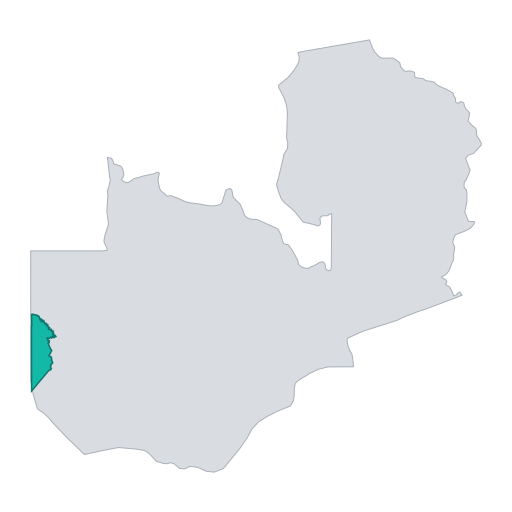 Sikongo, Western, Zambia shown in context
{"feature_id": "96606910B5408602862486", "entity_name": "Sikongo", "entity_type": "district", "adm_level": 2, "iso_a3": "ZMB", "parent_name": "Zambia", "parent_adm1": "Western", "projection": "robinson", "projection_center": [22.375, -15.32], "detail": "fine", "context": "in_parent", "style": "filled", "palette": "teal", "viewbox_px": 512, "rotation_deg": 0, "n_neighbors": 0, "source": "geoboundaries", "source_scale": "gbopen_adm2", "svg_char_len": 7624}
<svg xmlns="http://www.w3.org/2000/svg" viewBox="0 0 512 512"><path d="M353.5,366.8L328.0,366.9L318.7,369.2L311.0,372.7L301.8,378.2L296.5,382.0L295.1,384.1L294.3,388.8L294.2,396.0L293.3,401.1L290.5,405.9L276.6,411.6L267.5,416.3L258.6,421.8L251.9,429.1L247.2,437.9L239.5,448.9L223.4,468.5L214.2,472.1L206.5,471.3L197.2,467.2L189.8,466.4L184.3,469.0L179.2,468.2L174.6,464.1L170.7,462.6L167.6,463.7L163.5,463.5L156.2,461.2L149.8,454.2L146.4,451.4L143.7,450.3L136.1,449.1L118.6,447.5L100.4,451.0L84.4,454.5L68.2,438.9L52.5,422.5L49.2,418.3L43.3,412.8L39.0,410.1L37.4,408.7L33.1,394.0L30.8,380.6L30.7,250.9L102.4,250.9L107.0,250.3L107.2,248.9L104.0,242.0L104.1,239.6L105.0,234.9L108.2,225.5L108.4,222.3L106.9,212.1L107.1,206.4L107.9,194.9L107.4,191.0L109.1,185.8L109.7,182.3L110.4,180.8L109.6,176.9L108.2,163.2L107.3,157.4L111.6,158.3L113.0,161.1L113.9,164.2L115.8,164.4L120.9,166.2L122.7,168.8L123.9,174.3L123.1,177.1L121.5,179.4L123.1,181.4L126.6,182.7L128.6,182.3L134.3,178.5L139.7,177.2L142.4,176.2L154.3,173.7L156.6,172.4L158.3,172.4L159.4,173.5L158.4,177.3L158.0,180.8L159.4,187.4L160.5,190.4L163.0,192.6L164.8,193.8L166.8,196.1L170.9,195.7L180.0,199.1L182.7,200.6L186.6,202.1L189.3,202.7L198.6,203.9L208.5,205.7L213.7,205.9L217.3,205.4L219.9,204.5L221.4,203.4L222.1,202.5L225.9,190.1L227.8,189.1L230.3,188.5L231.7,189.6L233.3,197.4L240.4,204.5L242.8,210.4L244.6,215.5L246.1,216.9L248.8,218.7L253.1,219.3L257.0,219.5L276.2,228.1L278.3,229.7L280.7,234.3L282.1,239.5L283.6,243.6L286.1,244.4L288.3,244.8L290.4,247.6L292.1,250.0L297.7,260.3L298.5,264.3L301.3,267.0L305.0,268.2L308.5,268.3L310.5,267.1L315.4,265.0L319.2,262.6L322.0,261.8L323.7,262.3L325.0,263.9L325.8,269.0L328.5,270.8L330.5,270.1L331.3,268.1L331.3,267.1L331.7,213.8L329.9,214.1L327.7,215.7L322.6,215.8L320.6,217.0L319.9,218.7L320.3,220.9L320.4,223.9L319.7,225.3L317.4,225.9L314.2,224.7L308.3,223.2L303.5,222.3L300.0,218.3L295.3,212.2L292.2,209.2L284.7,202.9L283.5,201.6L281.2,198.7L279.3,193.7L277.4,187.9L276.5,184.3L278.3,178.6L282.8,160.1L283.8,154.4L287.5,148.5L287.8,143.3L286.4,136.6L286.8,132.9L287.4,111.8L286.4,105.1L284.0,97.7L278.6,87.3L278.6,85.1L287.0,78.4L289.5,75.9L293.8,70.5L296.8,65.9L298.7,62.1L299.3,57.3L298.0,52.7L300.8,51.8L369.6,39.9L370.6,43.1L372.6,48.3L375.0,52.2L377.9,55.6L380.4,57.6L382.1,58.2L392.7,58.0L396.5,60.1L399.8,62.7L400.6,66.7L402.7,69.3L405.1,71.3L406.1,71.5L407.8,71.0L410.7,71.0L413.3,71.8L414.5,72.7L414.6,76.1L415.4,77.6L419.0,78.2L422.7,78.5L426.2,80.8L430.0,81.2L434.3,82.1L436.4,84.6L441.1,87.1L446.8,89.4L453.1,93.2L453.2,94.3L454.3,96.5L455.4,98.1L455.4,100.5L456.0,102.6L457.6,103.1L458.9,103.3L460.1,101.7L461.8,101.8L463.7,102.8L464.3,105.3L465.7,108.6L468.0,110.9L469.6,113.1L469.0,117.1L468.0,120.8L471.1,124.5L475.2,127.9L476.3,129.5L476.6,134.6L477.2,136.3L479.9,140.6L481.3,143.4L481.2,145.1L473.6,153.5L468.9,154.8L466.9,156.6L465.7,158.4L468.6,166.8L470.1,170.0L468.8,174.0L465.7,180.8L464.3,181.4L464.0,186.5L464.9,188.4L466.4,189.9L467.0,193.4L466.8,202.0L464.8,211.9L468.1,220.5L469.2,221.4L473.9,221.5L474.7,222.2L473.5,224.7L470.2,228.4L464.2,231.4L455.7,234.6L453.9,237.7L452.7,242.3L453.6,244.9L454.7,246.4L454.3,250.4L453.5,254.5L453.7,257.8L453.3,260.7L452.2,262.1L450.7,266.5L448.8,270.9L447.3,272.9L445.1,275.0L441.7,276.8L441.8,277.6L445.6,279.7L446.6,281.1L446.9,282.0L445.3,284.2L447.1,285.6L449.2,286.7L451.2,289.6L453.5,295.1L453.9,295.7L454.6,295.8L455.9,295.2L458.2,292.9L459.9,292.1L462.0,295.3L426.2,308.9L417.7,311.7L405.2,316.5L401.1,318.3L397.8,320.1L364.5,330.7L359.3,332.8L347.5,338.2L347.1,339.1L347.2,341.6L348.2,346.7L350.2,351.3L351.9,354.0L353.0,360.8L353.5,366.8Z" fill="#d9dde1" stroke="#a8b0b8" stroke-width="1"/><path d="M31.6,314.5L31.8,325.6L31.5,325.7L31.6,391.0L48.5,370.8L50.7,369.7L50.8,369.5L51.0,369.4L51.1,368.9L51.1,368.6L50.9,368.5L50.9,368.3L51.1,368.2L50.9,368.0L51.0,367.9L50.6,367.4L50.7,367.1L50.5,366.8L50.6,366.6L50.5,366.4L50.7,366.2L50.7,365.9L50.8,365.8L51.0,365.3L51.3,364.8L51.2,364.3L51.8,363.7L52.4,363.4L52.6,363.0L52.6,362.5L52.1,361.0L51.7,360.8L51.3,360.2L51.7,359.4L51.7,358.8L51.6,358.2L51.2,357.4L51.3,357.1L50.6,356.6L49.0,355.8L49.3,355.1L50.5,353.0L51.7,350.5L50.9,349.3L50.8,349.0L50.1,348.1L50.0,347.7L48.1,343.2L48.5,343.2L48.8,342.7L49.0,342.8L49.3,342.6L49.3,342.1L49.1,342.0L49.1,341.9L49.2,341.5L49.3,340.8L49.3,340.6L48.9,340.4L48.7,340.5L48.1,340.6L47.8,340.4L47.7,340.2L47.9,339.4L47.6,339.1L47.3,338.9L47.2,338.7L46.9,338.2L47.1,337.9L47.5,338.2L47.8,338.0L48.0,338.2L48.5,338.2L48.6,338.3L49.3,338.3L49.5,338.1L49.9,337.8L50.2,337.8L50.3,337.3L50.5,337.2L50.8,337.4L51.0,337.3L50.9,337.5L51.1,337.5L51.3,337.8L51.6,337.6L51.8,337.9L52.1,337.6L52.1,337.2L52.6,337.0L52.7,336.8L53.2,336.9L53.3,336.7L53.8,337.0L53.7,337.2L53.7,337.3L53.6,337.5L53.8,337.6L54.5,337.5L54.6,337.3L54.4,336.8L54.6,336.6L55.6,336.6L55.5,336.2L55.3,336.1L55.3,335.9L55.2,335.8L55.3,335.8L55.2,335.7L55.3,335.7L55.1,335.5L55.1,335.4L54.9,335.3L54.9,335.2L54.9,335.3L54.8,335.2L54.7,335.3L54.6,335.5L54.2,335.5L53.9,335.4L53.6,335.3L53.5,335.1L53.6,334.8L53.5,334.7L53.4,334.7L53.5,334.6L53.4,334.5L53.5,334.5L53.4,334.4L53.5,334.4L53.4,334.3L53.5,334.3L53.5,334.1L53.4,334.0L53.4,333.9L53.4,333.7L53.2,333.7L53.4,333.4L53.2,333.3L53.3,333.3L53.3,333.2L53.2,333.0L53.3,332.9L53.1,332.8L53.3,332.7L53.2,332.6L53.0,332.3L53.1,332.2L53.1,331.9L52.9,332.0L52.9,331.8L52.9,331.7L52.9,331.9L52.8,332.0L52.7,331.8L52.8,331.6L52.6,331.7L52.7,331.3L52.5,331.1L52.4,331.3L52.3,331.2L52.2,330.9L51.7,330.9L51.6,330.7L51.8,330.6L51.7,330.6L51.6,330.4L51.5,330.2L51.3,330.2L51.3,329.9L51.3,329.7L51.2,329.8L51.2,329.6L50.8,329.5L50.6,329.5L50.6,329.4L50.6,329.5L50.4,329.6L50.4,329.8L50.2,329.6L49.8,329.4L49.6,329.4L49.6,329.2L49.5,329.3L49.5,329.2L49.3,329.1L49.2,329.2L49.3,329.0L49.2,329.0L49.2,328.9L49.0,329.0L48.9,328.8L48.8,328.7L48.7,328.7L48.7,328.4L48.6,328.5L48.5,328.3L48.6,328.2L48.6,328.3L48.7,328.2L48.8,328.1L48.7,328.0L48.8,327.9L48.7,327.9L48.8,327.7L48.7,327.4L48.9,327.4L48.7,327.2L48.8,327.1L48.7,327.0L48.6,326.9L48.4,326.9L48.3,326.6L48.2,326.6L47.9,326.4L47.8,326.2L47.7,326.0L47.7,325.9L47.6,326.0L47.6,325.9L47.5,325.7L47.4,325.7L47.5,325.6L47.5,325.3L47.5,325.2L47.5,325.3L47.4,325.2L47.3,324.9L47.3,325.0L47.2,324.9L47.3,324.8L47.2,324.8L47.2,324.7L46.9,324.6L47.0,324.6L46.9,324.4L46.8,324.2L46.6,324.4L46.4,324.5L46.4,324.3L46.4,324.2L46.2,324.2L45.8,324.1L45.8,323.9L45.6,323.8L45.7,323.7L45.6,323.8L45.6,323.7L45.5,323.8L45.4,323.6L45.2,323.5L45.0,323.4L44.9,323.5L44.7,323.4L44.8,323.2L44.6,322.9L44.5,322.6L44.4,322.6L44.2,322.4L44.1,322.1L44.1,321.8L43.9,321.8L43.9,321.7L43.8,321.8L43.8,321.6L43.6,321.7L43.4,321.7L43.2,321.5L43.1,321.8L43.1,321.6L42.9,321.7L42.8,321.4L42.8,321.5L42.5,321.4L42.6,321.2L42.4,321.3L42.3,321.2L42.2,321.4L41.9,320.9L41.8,321.1L41.7,321.1L41.8,321.0L41.6,321.1L41.7,320.8L41.8,320.8L41.7,320.6L41.8,320.5L41.7,320.5L41.6,320.2L41.5,320.3L41.5,320.2L41.3,320.1L41.3,319.9L41.2,319.9L41.3,319.8L41.2,319.8L41.1,319.6L41.0,319.4L41.0,319.0L40.8,319.1L40.7,319.1L40.7,319.3L40.6,319.2L40.5,319.3L40.4,319.3L40.3,319.2L40.2,319.3L40.2,319.1L39.9,319.1L39.8,318.9L39.6,318.9L39.6,318.7L39.4,318.3L39.5,318.3L39.4,318.2L39.4,317.9L39.5,317.8L39.5,317.7L39.5,317.2L39.2,316.8L39.1,316.6L38.8,316.5L38.6,316.3L38.6,316.1L38.2,316.0L38.2,315.8L37.9,315.6L37.6,315.6L37.4,315.7L37.4,315.9L37.1,315.7L36.9,315.3L36.7,315.4L36.5,315.2L36.3,315.1L36.3,314.9L36.1,314.8L35.5,315.0L35.1,314.9L34.7,315.0L34.6,314.9L34.4,314.7L33.9,314.7L33.4,314.3L33.0,314.3L32.9,314.4L32.7,314.3L32.3,314.6L32.1,314.4L32.0,314.5L31.9,314.4L31.7,314.5L31.6,314.5Z" fill="#14b8a6" stroke="#0f766e" stroke-width="1.5"/></svg>